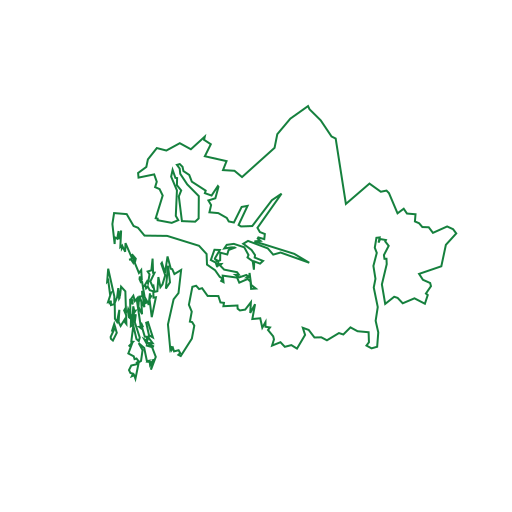 outline of Brønnøy nor, Nordland, Norway, rotated 322°
{"feature_id": "86288312B44340312529107", "entity_name": "Brønnøy nor", "entity_type": "district", "adm_level": 2, "iso_a3": "NOR", "parent_name": "Norway", "parent_adm1": "Nordland", "projection": "mercator", "projection_center": [12.383, 65.417], "detail": "fine", "context": "isolated", "style": "outline", "palette": "green", "viewbox_px": 512, "rotation_deg": 322, "n_neighbors": 0, "source": "geoboundaries", "source_scale": "gbopen_adm2", "svg_char_len": 6149}
<svg xmlns="http://www.w3.org/2000/svg" viewBox="0 0 512 512"><g transform="rotate(322 256 256)"><path d="M395.7,378.2L412.5,364.1L427.7,361.5L427.8,356.2L424.8,350.4L409.7,346.7L409.8,339.7L404.9,335.6L404.7,330.6L402.5,326.6L407.4,321.3L401.1,315.5L401.5,309.7L393.8,309.5L399.5,288.3L399.1,284.8L393.9,282.2L390.0,268.8L358.9,270.3L391.1,212.5L389.1,208.3L390.5,188.9L388.5,173.4L389.3,169.9L367.6,168.9L347.8,173.1L337.2,182.2L293.6,185.2L291.5,175.6L282.9,168.0L291.2,163.1L277.1,145.9L289.2,140.1L286.6,132.5L289.1,130.4L270.4,131.8L265.4,120.2L250.3,117.7L244.3,109.9L230.3,113.3L224.4,118.3L214.2,118.0L211.7,121.9L226.0,129.0L223.5,136.4L218.9,139.6L221.2,143.9L219.7,150.9L200.2,164.5L201.5,166.0L200.5,167.2L210.0,178.0L216.8,179.9L217.5,175.0L234.1,155.6L238.0,141.2L243.3,136.8L240.6,144.8L241.8,146.0L237.3,151.5L237.4,158.3L231.9,161.5L219.1,182.9L229.2,191.5L233.9,191.1L247.8,173.6L245.9,157.2L246.9,144.6L249.7,140.1L249.8,135.5L252.5,136.6L253.0,140.5L251.1,144.4L253.3,151.0L251.2,157.9L256.6,173.5L254.4,175.0L258.2,181.0L269.0,177.4L269.0,178.4L259.5,185.5L252.7,182.9L252.0,188.2L246.2,192.9L252.7,199.0L256.4,208.0L255.8,212.0L259.2,216.0L274.9,208.5L280.2,211.3L261.4,220.8L262.4,223.5L271.5,230.1L302.9,221.8L314.5,222.6L274.5,234.7L273.8,239.5L276.5,244.1L272.9,247.8L269.3,242.8L268.1,243.3L268.8,246.8L263.8,243.5L287.5,277.9L293.8,294.1L277.5,268.4L270.4,265.5L270.0,257.3L259.0,239.2L253.5,238.5L256.2,248.5L255.8,254.7L254.0,256.4L258.5,264.2L254.5,264.5L251.3,259.2L245.9,265.5L250.2,258.1L248.4,251.9L250.7,250.6L252.1,241.9L246.0,232.8L239.8,229.2L235.6,230.5L241.7,233.9L244.4,236.1L244.5,236.4L238.1,234.4L234.3,237.1L229.9,231.4L225.1,237.3L221.8,236.1L222.6,234.8L221.9,234.1L221.8,233.0L222.1,232.6L231.2,229.0L227.1,225.5L217.9,231.4L220.2,236.3L219.2,239.2L222.0,238.2L220.3,240.2L222.5,240.1L223.8,241.0L221.9,241.4L222.5,247.1L231.1,257.1L231.0,260.2L228.3,258.3L229.6,262.5L236.7,265.0L237.3,267.2L235.8,267.2L237.6,268.5L240.5,265.4L234.4,275.8L235.8,281.5L231.9,278.9L235.9,272.8L235.3,269.0L226.4,266.7L227.8,261.4L217.7,251.0L214.3,256.6L213.2,254.2L215.8,253.1L214.6,250.2L215.0,242.0L212.1,232.6L218.3,224.0L217.4,212.9L198.4,185.5L180.7,171.3L180.4,161.1L178.0,157.0L179.9,143.4L170.6,134.8L162.5,142.4L152.0,159.5L156.3,154.5L157.3,156.9L163.1,151.7L159.9,155.3L158.5,158.5L165.4,152.9L154.6,165.4L156.6,165.3L155.0,167.4L156.6,166.8L155.5,172.1L161.1,165.5L156.8,181.9L153.7,180.8L155.4,181.8L155.1,185.6L158.0,183.3L159.3,178.1L159.6,184.1L156.3,186.7L153.3,197.3L156.9,196.4L151.4,204.4L150.1,204.7L151.9,200.6L150.0,202.5L149.1,205.9L150.2,206.5L143.0,219.7L142.3,224.5L140.0,224.8L141.6,221.2L139.4,225.0L142.5,225.7L141.2,228.5L149.5,220.1L146.5,223.4L149.6,222.8L145.6,224.3L136.2,240.0L151.7,226.9L149.6,225.7L153.3,220.6L151.2,217.5L151.9,213.4L149.5,213.8L150.7,211.1L149.5,210.9L154.5,208.9L154.0,211.1L160.8,204.9L161.1,201.5L164.7,202.9L172.9,194.4L164.6,205.8L165.8,206.7L157.1,211.0L155.7,216.6L156.8,216.4L154.0,221.8L156.6,223.0L166.1,212.5L161.5,221.7L164.8,220.8L172.6,215.3L176.6,203.7L177.7,203.4L173.9,213.3L186.0,201.9L181.0,213.6L181.9,214.8L180.6,220.0L188.4,220.9L172.1,237.5L164.4,239.4L144.5,255.7L130.9,276.9L134.2,275.4L132.0,278.0L133.9,277.4L132.7,280.7L137.0,282.6L136.5,285.9L134.0,286.1L135.1,288.5L154.6,281.6L164.5,272.9L165.0,268.8L163.5,267.0L171.1,260.3L173.1,253.1L186.9,241.1L190.5,242.6L190.8,247.0L193.7,248.2L193.3,257.7L201.7,264.4L199.4,270.7L201.9,273.2L199.4,275.5L210.9,283.6L209.1,286.2L209.8,289.0L214.5,291.6L223.5,289.3L216.4,297.3L225.6,293.4L214.3,303.4L221.0,307.7L216.8,316.4L222.8,313.9L219.9,317.6L223.0,320.9L219.9,321.7L220.1,329.9L218.8,332.8L213.5,336.5L222.2,339.0L222.8,345.3L229.0,348.0L231.3,354.2L246.1,348.4L248.7,341.4L252.0,346.7L251.9,356.2L257.4,360.3L260.0,366.1L273.9,367.8L276.5,371.6L286.5,370.4L289.7,377.8L297.8,385.4L291.9,393.5L287.9,394.6L290.2,399.9L295.6,402.1L305.3,391.5L310.4,380.7L320.5,371.2L329.4,353.3L336.1,347.5L342.4,336.1L353.1,327.9L354.7,322.6L362.1,315.8L364.9,317.5L360.8,320.9L364.3,319.1L368.2,323.4L366.8,324.1L366.8,329.7L357.4,334.0L355.5,337.3L357.1,338.5L354.0,342.9L337.7,355.9L328.3,373.3L339.8,373.2L341.8,376.2L342.5,383.6L354.8,386.9L359.7,397.6L367.3,392.5L366.8,390.2L375.3,387.5L376.6,384.5L372.9,377.5L373.5,370.5L395.7,378.2ZM130.4,212.3L121.1,224.6L122.6,219.2L121.1,220.6L118.2,226.0L118.7,228.7L114.1,234.3L117.0,234.6L120.3,225.8L120.8,224.9L121.3,224.6L118.9,233.4L123.3,226.6L122.3,226.8L128.3,220.1L126.3,224.3L127.4,224.9L123.8,226.2L122.3,230.1L125.4,227.9L119.7,233.6L114.2,248.7L111.2,250.9L110.7,247.8L116.5,235.3L105.0,246.7L106.3,247.9L100.0,248.9L104.1,248.9L95.4,254.2L97.9,259.8L96.8,262.5L98.7,263.2L98.7,266.9L96.4,266.6L96.2,267.4L100.8,267.9L108.7,260.3L109.9,252.5L111.3,259.6L105.3,271.7L107.0,272.6L105.6,272.7L107.0,274.0L105.7,276.2L108.0,275.0L108.8,275.7L110.8,274.6L111.6,275.0L106.6,277.6L103.3,280.9L114.9,273.8L118.0,263.8L114.2,258.6L119.8,264.5L117.0,257.8L120.9,261.1L121.0,254.5L122.9,252.6L124.6,256.7L130.2,241.6L128.4,241.0L122.9,252.5L116.0,257.3L116.7,252.8L117.9,255.9L120.3,252.5L118.7,251.1L122.3,242.0L121.0,242.5L120.4,239.9L123.4,241.6L124.0,239.1L122.4,239.5L134.9,217.5L136.2,219.0L132.1,223.6L130.4,231.7L137.7,221.1L136.6,227.6L144.8,213.3L141.6,217.7L139.2,216.3L137.9,221.0L138.6,216.5L137.0,220.4L137.2,216.0L132.8,216.9L134.9,211.8L131.2,212.9L131.4,214.8L129.0,218.2L130.4,212.3ZM121.9,205.3L127.7,196.5L121.4,202.8L115.7,206.1L106.2,218.6L105.9,222.3L115.2,214.3L107.1,223.4L106.2,227.8L115.3,224.5L112.0,227.3L112.0,229.8L117.3,222.6L118.6,217.7L119.9,217.2L118.2,221.3L131.3,203.4L130.8,197.1L124.4,203.5L123.8,203.6L122.7,205.0L121.9,205.3ZM131.7,175.0L122.9,184.6L124.5,184.3L117.3,196.5L118.7,195.8L119.1,195.8L110.9,201.3L112.3,201.9L111.0,204.0L114.1,201.8L111.5,205.4L114.7,206.7L119.5,200.6L131.7,175.0ZM97.0,268.6L90.3,265.5L85.7,267.7L85.0,270.8L86.7,273.1L84.2,274.3L86.6,275.0L85.4,278.5L97.0,268.6ZM172.0,223.8L180.7,209.5L164.9,226.2L172.0,223.8ZM102.4,222.3L95.8,226.8L97.6,225.9L99.5,226.3L91.6,230.3L90.7,231.9L91.2,234.5L99.0,230.8L102.4,222.3Z" fill="none" stroke="#15803d" stroke-width="2"/></g></svg>